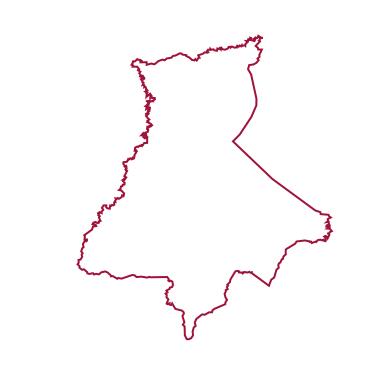 the district of Puerto Lleras, Meta, Colombia, rotated 256°
{"feature_id": "7082276B33547604414651", "entity_name": "Puerto Lleras", "entity_type": "district", "adm_level": 2, "iso_a3": "COL", "parent_name": "Colombia", "parent_adm1": "Meta", "projection": "robinson", "projection_center": [-73.194, 3.209], "detail": "fine", "context": "isolated", "style": "outline", "palette": "rose", "viewbox_px": 384, "rotation_deg": 256, "n_neighbors": 0, "source": "geoboundaries", "source_scale": "gbopen_adm2", "svg_char_len": 6053}
<svg xmlns="http://www.w3.org/2000/svg" viewBox="0 0 384 384"><g transform="rotate(256 192 192)"><path d="M70.5,182.4L72.3,183.3L73.2,185.5L75.1,197.1L76.9,197.8L78.9,199.9L81.6,199.0L85.3,199.0L87.3,200.8L88.7,201.0L89.1,203.1L91.4,202.9L92.4,204.3L93.5,203.8L95.4,207.0L97.8,208.1L104.5,214.9L104.4,217.4L103.6,218.5L102.6,218.1L101.7,221.0L100.7,221.4L101.2,222.7L101.7,222.3L101.7,223.5L100.4,226.5L100.7,228.4L99.6,229.0L99.6,230.6L98.9,230.3L82.4,244.0L87.7,247.6L89.2,251.1L96.2,255.2L97.5,257.8L100.3,258.1L101.8,259.2L102.2,260.7L104.9,262.8L105.0,263.9L107.3,265.2L108.8,267.9L113.2,268.9L113.8,269.7L116.9,279.6L118.7,281.5L117.7,289.7L115.7,294.1L115.1,294.1L115.0,295.6L113.5,295.9L114.0,299.8L113.4,300.4L114.9,302.4L114.7,305.0L113.6,306.4L113.9,308.1L112.6,308.4L112.0,309.5L112.7,310.2L115.6,310.3L116.8,309.5L117.1,310.7L116.2,312.0L114.2,312.4L117.3,315.0L118.4,314.6L119.0,313.2L118.9,315.3L119.7,315.9L120.2,318.2L123.0,316.8L123.8,314.5L124.5,317.1L126.0,317.4L125.4,314.9L126.0,313.9L127.0,314.7L127.6,317.1L130.0,317.4L130.2,315.4L131.0,317.0L132.8,317.1L133.7,320.5L135.2,319.2L136.9,318.9L139.4,311.5L141.4,311.7L144.2,307.2L185.1,273.2L231.2,244.0L236.2,252.2L250.6,267.9L260.5,275.4L266.9,277.1L291.7,277.8L297.6,276.1L301.3,278.2L300.9,282.6L301.8,285.8L303.7,288.5L305.5,287.8L306.8,290.2L308.6,290.4L313.3,294.2L314.3,290.7L316.0,290.8L318.3,289.1L321.7,294.4L322.8,293.7L322.9,294.4L324.8,295.1L324.3,298.0L326.0,294.6L326.3,295.2L327.1,294.5L326.2,294.3L326.9,293.5L325.7,292.5L325.8,291.1L326.5,290.8L326.0,289.9L324.7,289.6L325.1,289.0L324.3,289.1L324.3,289.9L323.3,289.1L325.0,286.4L327.2,286.5L327.5,285.9L326.7,286.0L326.6,284.0L325.6,284.6L325.8,283.1L324.9,282.8L325.4,281.2L324.0,282.1L322.7,279.7L321.0,279.1L321.7,278.7L321.6,276.2L322.5,276.0L321.4,274.9L322.6,273.7L321.7,272.5L322.7,271.7L321.8,270.9L322.4,270.7L321.6,270.0L321.8,268.1L323.5,265.9L322.8,264.4L323.5,264.5L323.9,262.7L322.4,261.2L322.1,258.3L323.2,256.1L325.1,255.3L325.1,254.4L323.4,254.2L324.7,253.2L324.3,252.5L325.1,251.3L323.0,250.4L324.1,247.9L325.2,247.4L325.4,245.0L326.6,244.4L325.6,243.9L326.2,241.9L325.1,240.7L323.7,241.6L323.4,240.9L324.4,238.0L323.5,235.9L323.1,231.1L320.5,231.7L320.7,230.8L318.4,228.4L320.2,227.4L319.1,226.2L320.2,223.9L323.1,222.0L325.3,219.3L326.2,219.6L327.6,216.0L328.9,215.3L329.5,213.6L328.4,209.1L328.6,206.5L327.3,204.4L327.6,199.6L326.4,197.4L327.6,195.5L327.2,191.3L325.0,186.5L326.5,183.4L326.4,178.8L328.9,179.4L330.2,173.8L331.3,174.9L332.1,174.2L331.7,173.4L332.9,173.4L333.5,171.1L334.1,170.9L332.6,168.5L333.1,165.5L332.4,166.5L330.0,164.1L329.1,165.4L328.0,164.7L326.8,169.2L324.5,170.1L323.5,169.3L323.4,170.2L322.5,169.7L321.2,171.0L320.0,169.5L317.5,170.6L316.8,169.5L316.0,170.3L317.3,171.1L316.9,171.9L315.8,171.3L315.2,172.0L315.9,172.6L313.8,173.3L313.2,172.6L314.7,171.7L313.9,171.8L313.7,169.8L311.6,170.8L310.7,170.3L309.6,171.4L308.0,170.2L308.4,171.8L307.6,170.6L306.9,171.5L305.3,171.0L305.6,171.9L304.7,172.5L302.4,172.3L302.5,173.6L301.8,172.5L301.1,173.1L300.7,171.0L299.4,172.3L299.3,171.6L298.2,171.6L297.2,172.4L296.9,171.4L295.3,170.8L297.5,175.1L295.1,176.0L295.0,174.7L293.1,174.2L294.0,175.1L293.0,175.9L292.2,178.6L290.9,178.4L290.0,175.9L289.5,176.0L290.9,171.5L289.9,172.2L290.1,170.8L289.1,171.5L288.1,170.3L288.1,171.5L287.1,171.0L287.4,170.0L286.5,169.8L287.0,168.9L286.5,167.7L285.8,168.7L283.7,167.7L284.8,170.3L284.1,171.6L282.5,171.0L282.4,169.8L281.0,170.3L280.7,169.6L281.7,169.2L281.1,168.6L278.5,168.9L278.1,168.2L279.0,168.3L279.3,167.4L278.9,166.2L277.4,166.5L276.5,165.1L276.7,166.3L274.8,166.6L272.7,168.1L271.7,166.0L271.0,166.5L270.6,165.6L268.1,168.5L266.4,169.4L265.8,168.2L266.4,168.2L266.5,166.6L266.1,165.9L265.5,166.3L264.9,164.9L265.8,164.4L264.1,163.6L263.0,164.6L261.1,163.7L260.9,160.9L260.2,159.7L261.0,159.1L259.4,156.8L259.0,161.4L257.7,161.3L258.1,159.0L257.2,159.1L257.1,158.1L255.5,159.2L255.9,161.8L250.5,160.3L251.1,157.4L249.3,155.6L249.8,154.5L248.7,154.3L249.6,152.4L248.7,150.8L249.4,149.9L248.8,147.6L246.2,146.5L246.3,147.7L245.1,148.2L245.0,147.0L243.8,147.3L242.1,145.4L238.6,143.9L238.4,141.7L239.0,141.9L238.5,141.2L239.6,140.2L238.6,138.3L239.3,138.0L237.1,136.2L237.5,132.7L236.0,132.2L233.7,133.2L232.7,132.1L233.3,134.4L232.2,134.6L230.3,133.2L230.1,133.9L229.0,133.2L228.2,134.1L223.7,130.2L222.2,131.6L220.7,128.3L220.4,129.7L219.2,127.8L217.1,128.9L215.6,128.3L215.8,126.5L214.6,125.9L214.5,124.4L212.3,123.3L211.6,121.7L210.4,123.9L207.0,125.8L204.6,124.6L205.7,123.4L204.1,122.5L203.1,119.7L204.0,118.6L203.5,118.3L204.3,116.3L203.2,116.5L202.1,115.3L201.0,115.3L201.4,114.7L200.6,113.9L198.5,113.6L198.1,112.6L198.8,111.2L198.1,110.5L198.7,109.3L195.7,108.2L196.8,105.7L198.4,105.0L199.7,105.6L200.4,103.0L198.4,100.8L196.2,101.6L194.8,99.5L193.4,99.2L194.8,97.5L194.2,95.7L193.3,95.8L193.4,96.6L192.2,95.5L190.8,96.7L189.8,95.5L186.1,96.2L186.0,94.3L184.8,94.2L184.6,92.9L186.3,91.0L186.1,89.0L184.9,87.8L183.5,90.6L182.1,90.8L182.5,87.6L179.7,85.9L176.1,77.0L175.0,77.4L171.9,76.2L171.3,78.6L170.3,78.3L169.7,77.6L170.3,76.2L168.0,73.6L164.6,73.4L164.0,71.9L161.1,70.1L159.1,71.1L157.7,69.7L155.7,69.8L153.4,67.5L153.6,65.5L150.7,64.9L149.6,63.5L147.3,64.9L145.8,64.5L143.1,66.5L143.2,68.4L139.6,70.9L138.4,70.8L137.3,72.6L137.2,76.3L135.7,76.9L135.8,79.1L134.6,81.8L136.0,84.6L135.9,88.7L134.1,90.8L130.5,93.2L129.8,93.0L129.5,94.9L125.9,98.5L126.4,99.6L125.0,102.7L125.9,113.8L125.1,116.1L122.9,117.6L122.1,122.5L119.8,127.7L120.0,130.1L119.3,131.1L115.5,147.4L113.0,148.4L111.8,147.6L110.8,148.4L111.1,150.0L109.7,151.3L106.2,151.0L104.6,149.7L104.6,147.4L103.4,146.7L102.5,143.3L100.6,144.0L99.8,141.8L98.2,142.6L96.0,141.8L93.6,143.1L89.8,140.4L89.1,141.1L89.5,143.3L88.3,142.9L87.4,144.5L88.7,145.8L82.6,147.6L79.3,153.6L77.4,154.8L76.0,154.7L73.9,152.7L67.5,153.1L65.3,151.0L63.4,152.3L54.6,150.4L50.5,151.3L49.9,153.4L50.4,155.8L52.6,158.3L56.3,158.8L60.1,160.9L61.2,163.1L64.6,163.1L67.7,165.4L70.8,172.2L69.8,174.8L71.1,179.3L70.5,182.4Z" fill="none" stroke="#9f1239" stroke-width="2"/></g></svg>